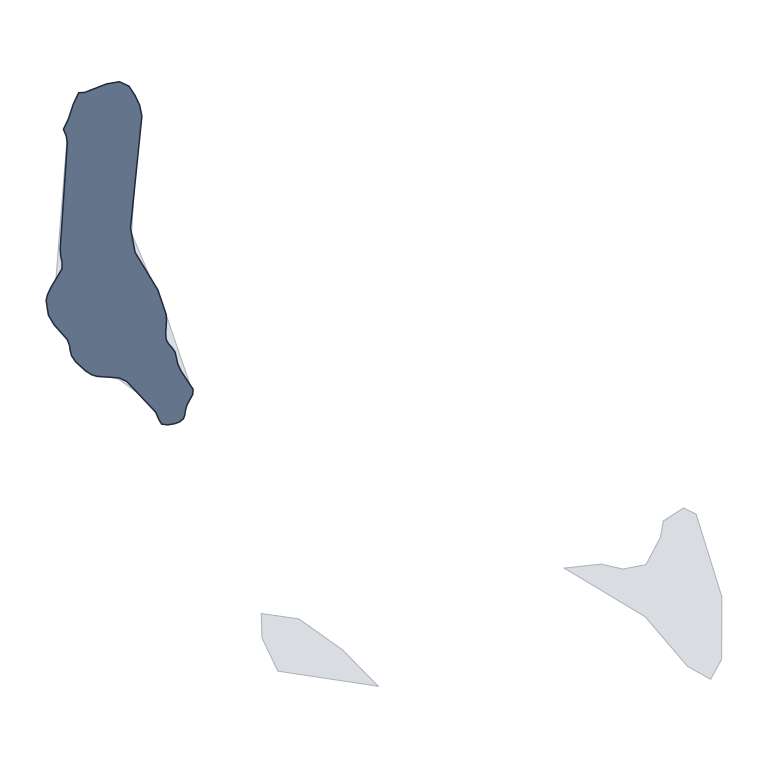 location of Andjazîdja within Comoros
{"feature_id": "COM-4935", "entity_name": "Andjazîdja", "entity_type": "state/province", "adm_level": 1, "iso_a3": "COM", "parent_name": "Comoros", "parent_adm1": "", "projection": "natural_earth1", "projection_center": [43.361, -11.647], "detail": "fine", "context": "in_parent", "style": "filled", "palette": "slate", "viewbox_px": 768, "rotation_deg": 0, "n_neighbors": 0, "source": "natural_earth", "source_scale": "10m", "svg_char_len": 1274}
<svg xmlns="http://www.w3.org/2000/svg" viewBox="0 0 768 768"><path d="M176.1,405.9L166.3,413.9L119.3,379.6L92.5,371.5L53.0,316.2L68.1,124.2L80.8,99.7L90.2,89.6L112.1,86.0L138.6,110.1L131.6,233.5L166.8,316.6L189.3,382.4L176.1,405.9ZM696.1,514.1L721.9,597.0L721.6,659.5L710.6,679.3L687.6,666.4L645.1,616.7L564.2,568.1L601.3,564.1L623.0,569.1L646.0,564.6L660.4,537.3L663.3,521.0L683.5,508.0L696.1,514.1ZM342.2,649.6L378.3,686.3L277.8,671.1L262.0,637.9L261.2,613.5L298.8,618.9L342.2,649.6Z" fill="#d9dde1" stroke="#a8b0b8" stroke-width="1"/><path d="M176.5,358.1L177.8,364.1L181.0,370.9L193.1,389.3L192.8,394.3L187.0,405.0L185.3,411.1L184.7,415.4L183.4,418.8L179.6,421.9L174.7,423.7L167.7,424.9L161.6,424.1L158.9,419.6L155.6,412.1L126.8,381.5L119.1,377.9L97.1,376.4L91.7,374.8L85.8,371.1L75.8,362.0L71.6,355.9L70.2,350.6L69.5,345.4L67.2,339.5L54.1,324.8L48.4,315.2L46.1,300.5L47.5,294.7L50.9,287.4L62.0,268.8L62.1,262.4L60.7,256.0L60.2,248.9L67.3,142.8L66.2,135.8L63.4,129.3L68.4,118.9L73.3,104.1L78.7,92.7L84.7,92.4L106.6,83.9L119.4,81.7L128.9,86.1L135.0,95.4L139.6,105.0L141.9,116.0L130.5,228.1L135.1,252.4L157.9,290.0L166.2,314.5L166.5,320.7L165.7,333.4L166.2,339.5L168.6,343.9L172.0,347.7L175.1,352.1L176.5,358.1Z" fill="#64748b" stroke="#1e293b" stroke-width="1.5"/></svg>